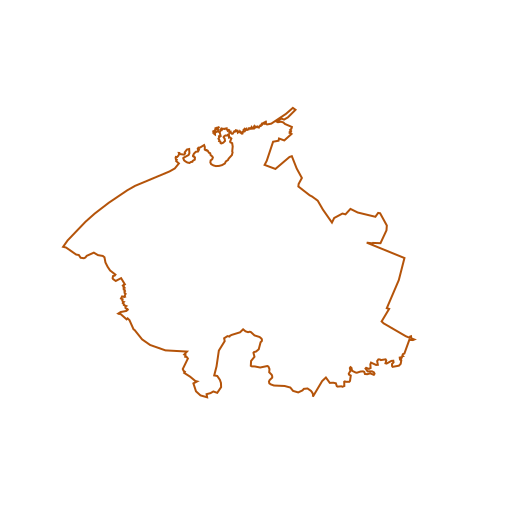 outline of Acapulco de Juárez, Guerrero, Mexico, rotated 115°
{"feature_id": "50627088B85761395013038", "entity_name": "Acapulco de Juárez", "entity_type": "district", "adm_level": 2, "iso_a3": "MEX", "parent_name": "Mexico", "parent_adm1": "Guerrero", "projection": "robinson", "projection_center": [-99.858, 16.959], "detail": "fine", "context": "isolated", "style": "outline", "palette": "amber", "viewbox_px": 512, "rotation_deg": 115, "n_neighbors": 0, "source": "geoboundaries", "source_scale": "gbopen_adm2", "svg_char_len": 6133}
<svg xmlns="http://www.w3.org/2000/svg" viewBox="0 0 512 512"><g transform="rotate(115 256 256)"><path d="M217.5,116.4L195.1,120.6L197.1,161.3L195.2,155.5L194.7,155.5L191.8,148.6L177.6,148.6L173.1,150.3L164.8,161.6L165.3,163.5L170.0,164.4L173.6,182.2L173.4,190.3L180.4,192.5L181.0,195.6L188.5,201.2L193.6,201.3L185.6,215.1L179.8,223.4L178.4,230.3L178.3,233.0L175.1,247.0L172.7,247.8L165.9,247.4L159.5,256.1L150.4,265.7L152.1,267.5L168.9,275.2L169.8,286.7L165.2,286.5L145.2,288.8L142.0,284.3L139.8,284.8L139.3,279.2L130.4,275.4L130.2,277.4L129.0,277.0L129.0,277.7L127.8,277.2L127.3,278.3L125.6,277.7L123.9,278.0L124.1,285.6L123.4,287.7L123.7,290.0L125.5,292.7L125.5,293.9L120.7,291.1L120.5,288.2L116.9,285.7L106.8,282.0L106.2,285.2L114.5,288.9L129.6,298.1L132.1,301.6L132.0,303.0L131.5,303.2L131.9,303.3L131.7,303.8L132.1,304.0L131.7,304.3L132.1,304.6L131.2,304.7L133.2,306.2L134.1,306.0L134.0,306.6L134.8,306.5L135.6,307.1L135.8,306.7L136.1,306.6L137.2,307.8L138.4,307.7L138.6,309.0L138.2,309.5L139.0,310.0L138.8,310.8L139.6,311.1L139.3,311.7L140.6,311.2L140.9,311.4L140.6,312.0L141.3,311.7L142.0,312.8L142.1,313.7L141.2,313.9L141.0,314.4L141.9,314.2L142.2,314.7L142.2,314.0L142.9,314.3L143.4,316.3L144.4,316.2L144.9,317.5L145.4,317.3L145.8,318.2L145.5,318.4L145.9,318.5L145.4,318.7L145.8,318.9L145.4,320.0L147.2,320.6L148.2,319.5L149.1,320.5L150.7,320.0L151.1,320.4L151.0,321.1L150.5,321.3L150.7,322.1L150.1,322.3L149.8,323.1L150.6,322.9L150.5,323.6L149.9,323.6L151.8,324.6L150.4,325.6L151.2,326.6L150.4,326.7L150.5,327.3L151.4,327.1L151.5,327.7L152.3,327.8L152.3,328.4L155.0,328.8L155.4,329.4L155.2,330.5L154.2,331.4L155.8,332.2L153.3,333.4L153.2,333.9L154.4,334.6L153.6,335.3L153.7,336.1L152.7,336.6L153.8,338.1L154.2,338.2L154.7,340.0L155.9,340.2L155.3,341.3L156.0,341.4L156.1,340.9L159.3,341.2L162.1,338.8L162.5,339.4L162.7,339.0L162.6,339.6L163.2,340.1L163.6,339.8L163.4,339.3L165.6,339.6L166.4,338.1L167.5,338.0L167.4,336.6L168.7,335.7L168.6,334.9L167.2,333.6L164.8,332.7L162.9,334.0L162.0,335.6L161.3,335.6L159.7,334.7L158.9,332.8L158.1,332.8L157.8,331.6L160.1,330.5L159.5,329.7L159.9,328.0L163.8,327.8L163.1,327.7L163.8,327.3L163.8,325.3L166.6,323.4L171.2,321.8L172.0,321.0L174.7,320.5L179.5,322.0L180.7,321.9L183.1,323.3L185.3,323.3L188.0,325.2L190.0,327.6L191.5,330.4L191.9,332.9L191.7,335.5L190.5,336.9L188.5,337.5L186.9,336.6L185.0,336.7L184.3,337.6L183.7,339.8L182.2,341.0L182.3,342.4L181.0,344.2L181.3,345.2L180.8,345.6L181.4,346.6L181.2,347.4L178.8,348.5L177.4,349.9L181.4,352.6L182.1,353.9L183.3,354.2L183.8,353.8L183.1,353.3L183.6,352.6L185.8,352.7L187.0,354.6L189.5,355.5L191.7,355.5L192.2,355.2L192.0,354.2L192.6,353.6L192.5,353.0L194.5,352.2L196.6,353.6L197.5,353.5L198.5,354.9L199.8,355.6L200.3,357.8L200.1,359.9L199.7,361.6L198.2,363.2L197.7,363.3L193.0,359.8L191.0,359.8L187.3,361.8L188.7,363.6L192.2,364.4L193.0,363.6L194.5,364.0L195.8,368.1L195.7,368.6L195.0,369.0L195.2,369.5L196.0,368.7L198.0,368.8L199.6,369.3L200.0,370.5L200.9,370.4L202.3,369.4L202.3,368.5L203.7,368.5L204.7,365.0L211.0,366.6L215.9,370.1L243.6,395.3L250.8,400.4L270.1,412.0L285.7,420.1L297.0,425.0L321.4,433.3L329.2,434.7L328.6,431.7L330.7,419.6L330.0,417.0L331.7,414.2L330.8,411.1L329.5,410.0L327.4,409.5L321.5,404.4L322.0,399.6L320.7,394.9L321.2,392.8L325.5,389.7L328.5,385.9L330.8,382.1L332.3,375.5L333.5,375.8L334.6,377.1L336.7,376.6L337.3,375.8L337.9,372.6L333.1,368.9L337.1,362.9L337.9,363.6L338.7,363.3L338.4,363.9L339.1,364.2L340.3,361.8L340.9,362.5L342.3,361.7L342.3,360.7L343.1,359.9L343.7,360.2L345.0,359.5L345.4,358.2L347.8,358.2L348.3,357.5L348.8,358.0L349.2,360.3L351.6,360.4L351.6,358.6L352.7,358.5L353.8,357.2L353.6,356.4L355.0,356.8L355.6,355.2L356.3,355.0L356.2,352.5L357.0,353.0L358.3,352.3L358.6,350.7L359.1,350.4L358.5,350.0L358.8,349.5L360.6,350.3L364.0,355.0L366.4,356.5L366.4,355.5L365.6,354.9L368.1,346.5L366.8,346.0L367.6,343.6L374.2,336.0L374.4,334.7L379.7,324.0L381.4,314.3L379.8,298.2L371.8,278.2L375.6,279.4L375.6,277.9L377.2,277.6L376.8,276.2L377.7,274.4L389.4,274.6L390.8,272.9L391.0,271.5L392.3,271.7L393.2,264.8L394.9,258.2L394.6,256.4L397.9,258.9L404.0,253.2L405.8,247.4L404.7,240.6L402.1,242.4L399.5,239.3L396.8,237.4L396.4,233.3L389.6,232.2L385.9,234.1L383.5,236.4L381.1,240.4L381.9,243.4L372.8,245.1L357.4,249.7L346.4,248.4L344.0,250.1L340.7,248.0L340.2,246.0L339.3,245.9L337.8,244.7L331.9,238.2L327.9,236.7L328.7,233.7L328.4,231.0L327.3,229.7L327.1,228.5L328.6,223.8L327.9,218.5L328.6,216.0L329.6,215.1L330.7,214.8L332.2,215.4L339.4,214.1L342.6,215.6L343.9,217.2L344.8,217.4L348.0,214.8L353.2,216.1L357.7,214.3L357.8,213.2L356.6,210.4L355.3,205.1L350.9,199.2L351.0,198.0L352.8,196.0L355.8,194.9L357.0,191.6L358.1,190.5L359.4,189.9L362.7,191.2L364.3,191.2L365.8,190.1L366.1,188.3L365.8,185.0L361.7,175.1L360.7,169.3L362.6,165.4L361.8,160.1L358.2,157.1L356.2,156.5L354.3,153.3L355.0,149.2L356.0,147.3L357.5,145.7L359.4,145.0L341.4,143.2L336.6,141.3L339.8,135.5L338.2,132.4L337.6,129.8L339.8,127.8L339.9,126.9L338.0,123.5L338.0,122.4L336.5,121.0L332.7,122.9L332.1,122.5L332.0,121.3L330.6,118.3L329.5,118.0L324.3,119.6L324.2,121.6L323.5,122.2L320.2,121.9L317.9,123.6L316.8,123.4L317.0,122.3L319.4,120.4L319.5,116.5L319.2,115.3L316.5,112.4L315.3,110.2L315.3,108.9L316.9,107.4L316.1,105.2L314.1,102.9L313.9,99.0L312.6,98.8L311.6,100.0L311.5,102.1L313.4,106.1L311.7,109.2L310.8,108.9L310.6,106.0L309.1,104.8L305.8,106.6L304.0,106.7L304.0,101.1L303.1,99.6L300.0,101.8L298.0,101.4L297.4,100.0L297.6,98.9L294.9,94.9L295.6,93.8L298.5,93.3L298.3,92.2L293.9,89.0L292.9,87.3L294.2,86.4L296.4,87.1L298.2,86.2L298.7,85.3L295.0,80.1L292.6,79.3L289.2,80.2L289.0,81.7L287.3,82.8L286.1,81.2L286.4,81.0L284.9,81.0L284.6,80.5L284.2,81.3L282.9,81.4L281.7,80.3L267.2,81.6L265.9,78.3L264.8,77.3L265.0,80.4L263.2,81.6L263.9,82.3L265.2,82.4L265.4,86.2L263.1,111.9L262.2,114.5L247.7,113.0L248.0,115.4L217.5,116.4ZM159.3,343.1L157.6,343.3L157.3,344.7L154.2,343.9L155.8,344.4L155.9,345.2L156.4,345.8L157.2,345.7L157.3,346.4L158.1,345.9L158.3,346.5L159.5,346.2L161.0,347.4L161.4,346.6L162.3,346.7L162.2,346.0L163.1,345.3L163.2,344.5L161.6,345.3L159.3,343.6L159.3,343.1Z" fill="none" stroke="#b45309" stroke-width="2"/></g></svg>